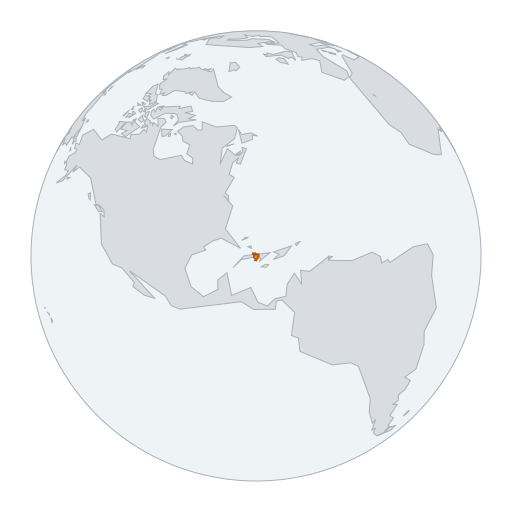 the Earth from above Camagüey, rotated 328°
{"feature_id": "CUB-1364", "entity_name": "Camagüey", "entity_type": "Province", "adm_level": 1, "iso_a3": "CUB", "parent_name": "Cuba", "parent_adm1": "", "projection": "orthographic", "projection_center": [-77.855, 21.478], "detail": "fine", "context": "on_globe", "style": "filled", "palette": "amber", "viewbox_px": 512, "rotation_deg": 328, "n_neighbors": 0, "source": "natural_earth", "source_scale": "10m", "svg_char_len": 11465}
<svg xmlns="http://www.w3.org/2000/svg" viewBox="0 0 512 512"><g transform="rotate(328 256 256)"><circle cx="256" cy="256" r="225" fill="#eef3f6" stroke="#a8b0b8"/><path d="M254.7,307.3L249.4,304.9L244.2,311.4L225.9,300.3L219.3,286.9L163.4,260.8L157.8,253.2L157.9,241.9L141.0,201.6L147.6,238.1L140.6,230.1L135.4,216.6L138.8,214.1L136.0,195.1L130.1,186.8L131.3,163.6L146.4,137.4L148.1,142.3L151.5,136.1L149.7,129.8L147.7,127.3L157.1,102.2L153.5,87.1L145.0,87.8L152.6,83.9L131.7,89.8L125.1,88.1L137.1,86.8L141.8,84.4L139.5,81.3L143.8,78.3L145.2,75.3L150.6,72.2L157.2,72.5L160.8,70.7L159.0,68.7L163.2,64.8L165.3,67.9L172.9,61.7L185.4,62.5L186.7,75.9L198.1,76.0L211.3,89.7L214.6,86.7L221.7,90.9L228.1,89.2L228.7,92.8L233.3,88.5L231.5,85.5L232.9,82.8L236.5,81.7L238.0,85.9L236.4,87.1L238.7,87.8L237.8,90.5L240.3,88.6L241.6,94.3L245.7,87.3L251.2,90.7L250.6,94.9L243.7,96.2L225.1,111.3L222.4,117.1L225.5,123.4L246.1,131.0L246.0,137.2L250.9,144.2L254.2,139.7L251.5,132.6L258.8,126.6L254.7,119.4L257.0,116.1L255.5,108.7L263.3,108.2L271.7,112.0L273.3,118.4L277.0,120.6L281.6,113.6L290.5,125.4L306.7,133.7L308.2,137.3L300.1,145.1L284.6,146.6L274.1,159.2L288.6,149.8L292.1,160.1L295.8,161.6L300.1,160.6L301.8,156.4L304.6,160.0L291.3,169.9L288.6,166.8L292.8,163.5L285.6,164.6L276.6,172.5L279.1,177.8L263.1,186.3L264.6,190.3L262.0,194.9L260.6,187.6L262.8,201.2L244.3,216.9L247.0,241.3L236.1,222.5L227.1,220.3L216.4,220.5L216.6,224.4L202.1,221.0L189.2,228.6L184.7,247.6L189.9,262.6L206.0,264.1L210.8,256.1L222.5,254.8L214.4,276.5L235.0,280.0L233.1,296.1L239.1,304.5L249.3,302.3L260.0,306.0L267.4,296.5L279.4,290.9L279.9,303.9L286.3,291.7L293.2,297.5L316.9,294.9L315.2,298.1L335.2,310.9L356.4,314.2L361.3,322.5L358.8,328.6L366.0,328.8L366.1,332.5L394.1,331.5L407.8,336.4L407.0,348.6L394.6,365.6L381.5,395.5L358.8,408.9L351.7,419.9L331.8,436.6L318.2,437.5L320.8,443.4L312.1,448.1L303.0,449.4L300.3,453.7L293.4,454.4L297.3,456.6L284.9,462.4L286.9,466.0L277.6,469.9L279.2,471.6L276.1,471.8L272.6,472.6L271.9,473.6L263.0,472.2L261.8,467.9L266.0,465.4L262.0,465.0L270.9,458.0L266.1,459.6L269.4,448.2L277.3,437.6L284.4,403.8L279.9,396.8L263.0,388.8L242.7,360.3L248.5,348.1L243.9,342.2L258.9,324.2L254.7,307.3ZM47.7,204.5L49.3,199.5L49.1,203.5L47.7,204.5ZM49.7,195.8L49.3,197.7L49.5,196.0L49.7,195.8ZM49.6,194.3L49.7,195.4L49.4,194.6L49.6,194.3ZM49.1,192.8L49.5,193.4L49.3,193.5L49.1,192.8ZM246.0,249.5L269.6,260.5L256.4,262.4L258.8,260.2L252.8,255.5L241.7,251.3L230.1,253.8L246.0,249.5ZM49.2,189.0L49.3,188.0L49.7,188.0L49.2,189.0ZM256.1,236.0L252.1,235.1L256.0,234.9L256.1,236.0ZM146.1,126.8L149.2,130.0L149.3,137.2L146.1,134.7L146.1,126.8ZM146.6,114.4L149.3,114.6L145.2,120.6L144.9,118.6L146.6,114.4ZM138.0,89.4L139.8,91.0L136.6,90.6L138.0,89.4ZM144.4,75.5L142.6,76.1L144.1,74.3L144.4,75.5ZM251.4,109.5L253.4,109.1L252.6,110.7L251.4,109.5ZM248.8,106.8L246.4,109.0L244.9,108.1L246.4,106.7L248.8,106.8ZM153.7,68.2L156.7,65.5L154.8,68.2L153.7,68.2ZM252.1,104.5L242.4,106.2L239.7,104.6L243.1,98.4L252.1,104.5ZM159.2,63.9L166.4,58.0L162.9,58.7L176.9,54.1L166.2,60.3L164.3,63.3L162.7,62.5L159.2,63.9ZM229.4,85.1L231.5,88.2L226.4,86.7L229.4,85.1ZM225.8,84.9L208.2,85.5L206.9,80.9L213.1,81.4L208.7,76.7L216.8,74.0L221.0,76.0L220.2,79.4L223.8,75.9L225.8,84.9ZM183.6,52.8L186.3,51.7L184.7,53.0L183.6,52.8ZM233.1,81.6L229.6,81.9L228.3,77.8L234.9,76.5L233.2,78.2L233.1,81.6ZM203.7,76.9L203.8,73.9L210.4,70.9L211.4,69.4L216.9,73.6L203.7,76.9ZM235.4,78.6L238.4,76.0L242.3,77.0L236.4,81.0L235.4,78.6ZM225.1,77.5L224.8,75.6L227.2,76.1L225.1,77.5ZM257.9,80.1L253.8,80.1L252.7,77.9L257.9,80.1ZM239.2,74.9L237.8,74.6L237.0,73.9L239.7,72.5L239.2,74.9ZM221.1,71.4L223.8,70.9L219.2,69.4L223.9,67.5L226.7,70.8L227.5,68.5L228.9,67.9L229.6,71.3L221.1,71.4ZM239.8,68.9L245.0,73.0L252.8,73.2L254.0,75.0L241.2,74.5L239.8,68.9ZM233.8,70.0L237.8,69.7L237.2,71.9L234.1,73.5L233.8,70.0ZM226.1,65.1L218.1,67.2L217.8,66.5L226.1,65.1ZM242.2,68.5L240.9,67.5L242.8,68.2L242.2,68.5ZM231.2,65.5L228.4,66.3L228.1,65.4L231.2,65.5ZM240.6,65.2L242.2,66.4L240.2,67.4L240.6,65.2ZM236.4,65.0L236.6,63.6L238.5,67.1L235.2,65.4L236.4,65.0ZM231.3,64.5L230.2,64.3L232.5,64.4L231.3,64.5ZM247.4,60.9L250.2,65.1L245.7,67.2L243.6,62.8L247.4,60.9ZM277.5,474.9L263.6,472.8L271.5,473.8L277.9,472.0L284.9,473.6L277.5,474.9ZM295.9,469.7L302.8,468.0L304.2,468.3L299.7,469.6L295.9,469.7ZM428.7,111.3L430.2,113.2L424.7,107.3L413.3,94.7L428.7,111.3ZM396.2,79.7L399.5,82.4L400.5,83.1L403.3,85.6L405.6,87.6L404.5,86.8L401.7,84.3L402.7,85.6L415.8,97.9L418.7,100.5L425.1,109.1L430.5,114.5L434.4,119.6L426.6,112.6L422.8,108.6L413.2,104.9L417.8,109.7L427.1,113.8L426.9,114.8L433.1,122.5L428.2,117.5L416.8,112.8L418.5,122.3L431.1,147.1L429.9,153.0L424.2,153.9L409.2,135.1L413.5,124.2L408.2,118.4L398.4,114.2L400.6,111.6L397.1,108.9L397.9,105.0L390.1,94.8L389.6,90.9L378.1,82.8L376.2,79.9L383.6,85.3L388.4,87.4L385.9,79.2L383.0,76.4L375.7,72.1L375.9,70.8L369.2,67.8L363.6,62.4L364.8,66.7L356.2,62.8L348.3,57.9L345.7,57.6L358.6,65.9L363.6,68.6L367.6,69.5L381.4,79.0L384.0,82.9L370.4,76.7L372.7,81.9L361.0,75.8L333.1,55.7L325.8,50.2L331.6,47.1L338.2,49.7L339.4,51.8L346.1,52.5L341.8,51.1L342.0,50.4L333.9,47.4L333.7,46.8L326.3,45.2L325.1,44.1L329.8,45.1L316.8,40.7L312.0,38.6L309.2,38.0L307.5,37.9L302.6,35.9L300.7,35.6L301.6,36.0L298.5,35.9L291.0,35.1L289.7,34.4L292.2,34.6L295.5,34.4L302.4,35.6L301.1,35.3L294.8,34.2L290.8,34.3L286.7,34.1L287.7,33.6L287.0,33.8L284.5,33.5L280.9,32.7L279.4,33.3L254.2,33.6L244.6,33.0L248.2,32.0L229.2,33.7L219.9,34.3L220.8,34.6L212.2,36.5L215.0,36.3L214.8,36.6L194.2,43.2L188.3,44.7L180.4,49.2L180.8,49.5L184.7,48.5L176.9,54.1L162.9,58.7L162.6,57.6L153.9,61.8L154.5,59.1L151.1,59.3L156.7,54.9L153.4,56.0L150.4,57.6L143.7,60.8L142.4,61.5L155.1,54.6L156.4,53.9L164.0,52.3L162.1,52.0L166.5,50.1L168.2,49.0L166.5,49.4L163.8,50.5L169.6,47.9L184.6,42.3L199.9,37.8L215.6,34.4L231.4,32.1L247.3,30.9L263.3,30.8L279.3,31.9L295.1,34.1L310.8,37.5L326.1,41.9L341.2,47.4L355.7,54.0L369.8,61.6L383.3,70.2L396.2,79.7ZM480.6,273.2L480.9,264.9L480.8,248.1L480.0,243.8L479.3,249.4L477.8,244.3L476.9,246.6L466.9,268.4L460.6,264.1L445.1,242.3L444.5,228.0L438.6,215.1L429.8,154.3L434.4,151.9L434.9,131.8L436.1,131.3L443.1,141.6L449.1,141.7L442.7,131.0L442.0,128.9L451.0,143.2L458.9,158.2L465.7,173.7L471.3,189.6L475.7,206.0L478.8,222.6L480.7,239.4L481.3,256.3L480.6,273.2ZM440.5,180.6L442.5,184.6L440.5,180.6ZM317.7,294.7L320.5,296.9L316.8,297.4L317.7,294.7ZM254.6,267.9L259.6,268.1L262.2,270.1L258.4,270.8L254.6,267.9ZM295.9,266.2L301.5,267.0L295.7,268.5L295.9,266.2ZM273.2,261.9L291.4,266.2L280.1,270.7L268.7,268.2L276.5,266.7L273.2,261.9ZM254.0,243.8L257.1,244.7L256.3,247.2L254.0,243.8ZM259.0,235.9L257.8,236.2L256.2,234.2L259.0,235.9ZM292.8,159.5L294.0,158.8L298.4,158.8L296.5,160.7L292.8,159.5ZM316.9,148.8L320.8,154.9L316.7,151.6L314.8,155.1L303.8,152.9L308.3,139.1L308.2,145.5L316.9,148.8ZM290.3,147.1L296.8,149.4L289.5,147.4L290.3,147.1ZM377.2,99.9L380.4,99.8L384.4,103.7L385.0,110.4L379.3,104.7L377.2,99.9ZM383.9,99.1L370.2,92.1L369.2,88.2L372.1,91.5L372.8,89.6L377.6,94.4L390.1,98.2L394.4,102.0L393.3,111.3L391.3,105.9L388.4,106.0L383.9,99.1ZM336.8,86.8L330.8,85.3L336.4,78.6L341.3,80.9L342.4,87.2L337.1,88.4L336.8,86.8ZM260.0,94.0L257.3,95.0L256.9,93.6L258.8,91.7L260.0,94.0ZM256.0,80.3L271.1,88.8L268.9,90.2L280.4,94.4L278.9,99.8L271.5,96.8L279.0,104.5L271.7,104.0L277.5,109.0L261.1,101.7L254.8,102.1L262.4,99.5L263.9,94.3L262.7,92.2L254.5,86.8L241.8,85.7L241.3,80.9L244.3,77.9L247.3,77.5L246.7,80.5L251.1,77.7L252.5,81.9L256.0,80.3ZM279.9,53.7L278.0,56.1L287.1,53.9L288.5,56.9L289.5,56.5L293.3,58.9L299.7,61.2L299.3,62.7L301.9,63.0L304.5,64.8L308.0,65.9L308.5,69.0L312.8,70.7L310.7,71.3L317.9,73.4L312.8,73.3L315.6,76.1L319.1,74.7L313.7,92.3L315.4,100.7L319.6,108.2L310.2,107.8L300.2,101.1L291.4,92.0L291.1,84.3L286.9,85.9L285.5,82.8L289.4,82.9L282.6,81.1L282.5,78.7L274.6,72.5L264.8,72.1L261.7,70.2L265.5,69.1L259.7,67.9L264.7,64.8L262.6,63.4L265.4,59.3L274.0,58.6L270.9,57.2L272.9,54.4L279.9,53.7ZM248.5,59.8L258.3,57.5L264.0,58.3L256.7,65.3L257.9,66.9L253.5,72.1L245.4,71.1L247.4,69.6L247.5,68.0L250.0,69.0L248.0,67.0L250.8,65.1L250.0,63.2L253.4,62.9L248.5,59.8ZM433.2,126.1L433.4,125.0L432.7,122.5L436.6,127.5L433.2,126.1ZM425.7,122.9L425.3,121.1L430.5,126.3L430.3,127.7L425.7,122.9ZM420.5,115.9L424.8,120.6L422.4,118.9L420.5,115.9ZM382.7,83.7L381.6,81.8L383.2,82.6L385.9,84.7L382.7,83.7ZM307.2,50.3L305.2,50.9L303.8,50.4L296.4,50.2L294.8,48.3L298.6,47.7L307.2,50.3ZM435.2,120.2L435.0,119.4L436.3,121.6L435.2,120.2ZM304.2,48.2L301.3,48.2L302.3,47.3L304.2,48.2ZM293.2,47.0L293.5,45.8L293.7,48.1L293.2,47.0ZM285.9,36.1L298.1,38.0L305.7,39.1L308.2,38.7L309.8,40.5L298.1,38.8L285.9,36.1ZM258.2,33.8L256.0,34.7L253.5,34.3L253.7,34.0L258.2,33.8ZM259.4,34.4L263.2,35.7L259.7,36.3L257.4,35.1L259.4,34.4ZM284.1,40.7L287.8,41.2L287.0,41.9L284.1,40.7ZM185.0,51.5L186.2,51.7L183.7,52.3L185.0,51.5ZM216.6,36.5L215.8,37.0L212.9,37.4L216.6,36.5ZM212.2,39.1L216.0,38.2L212.5,39.4L212.2,39.1ZM224.3,36.3L217.7,37.9L223.3,36.0L224.3,36.3Z" fill="#d9dde1" stroke="#a8b0b8" stroke-width="1"/><path d="M255.2,253.6L255.3,253.6L255.4,253.8L255.5,254.0L255.8,254.3L255.9,254.5L255.9,254.4L256.0,254.1L256.0,254.3L256.3,254.5L256.5,254.8L256.6,254.7L256.7,254.8L256.9,254.8L257.0,254.8L257.3,254.8L257.5,254.8L257.5,255.0L257.6,255.3L257.8,255.4L257.8,255.2L257.7,255.2L257.6,254.9L257.5,254.7L257.4,254.7L257.2,254.7L257.0,254.4L256.9,254.4L257.0,254.3L257.0,254.2L257.2,254.3L257.3,254.5L257.7,254.8L257.9,254.9L258.1,255.1L258.4,255.2L258.5,255.3L258.7,255.5L258.4,255.6L258.2,255.5L257.9,255.4L257.8,255.5L258.0,255.6L258.2,255.8L258.2,256.0L258.3,256.0L258.5,256.0L258.6,255.9L258.6,255.7L258.8,255.5L259.3,256.0L259.2,256.1L259.0,256.3L258.9,256.3L258.8,256.2L258.7,256.4L258.7,256.5L258.8,256.6L258.7,256.9L258.7,257.2L258.5,257.4L258.4,257.5L258.2,257.6L258.1,257.9L257.9,257.8L257.8,258.0L257.8,257.9L257.6,257.8L257.6,257.7L257.4,257.6L257.4,257.8L257.2,257.9L257.1,258.0L256.9,258.1L256.7,258.0L256.7,258.3L256.4,258.4L256.1,258.6L256.1,259.0L255.9,258.9L255.8,259.0L255.7,259.0L255.4,259.1L255.2,259.0L255.1,258.9L254.9,258.8L254.9,258.7L254.7,258.5L254.6,258.4L254.2,258.1L253.9,257.9L253.7,257.7L253.6,257.3L253.6,257.2L253.5,256.8L253.5,256.7L253.4,256.4L253.3,256.2L253.2,255.9L253.3,255.7L253.5,255.5L253.7,255.4L253.8,255.5L253.9,255.2L254.1,255.2L254.3,255.0L254.3,254.9L254.3,254.7L254.5,254.7L254.5,254.9L254.8,254.9L254.8,254.7L254.6,254.3L254.6,254.2L254.8,254.1L255.1,253.9L255.2,253.7L255.2,253.6ZM256.8,253.7L256.8,253.8L256.8,254.1L256.7,254.2L256.6,254.3L256.4,254.1L256.2,254.1L256.2,253.9L255.9,253.9L255.7,253.7L255.8,253.6L256.1,253.6L256.3,253.6L256.6,253.7L256.8,253.7ZM254.8,252.7L254.7,252.5L254.6,252.4L254.4,252.4L254.5,252.3L254.7,252.2L254.8,252.2L254.8,252.3L254.9,252.2L254.9,252.3L255.0,252.3L255.2,252.6L255.3,252.8L255.1,252.8L255.0,252.7L254.9,252.7L254.8,252.7ZM255.5,253.4L255.3,253.2L255.5,253.0L255.5,252.8L255.4,252.8L255.4,252.7L255.5,252.7L255.6,252.8L255.5,253.0L255.8,253.1L256.0,253.1L255.9,253.2L256.0,253.3L256.0,253.5L255.9,253.5L255.8,253.4L255.7,253.4L255.7,253.5L255.5,253.4ZM254.2,259.6L254.3,259.7L254.3,259.8L254.2,259.8L254.1,259.7L253.9,259.5L253.8,259.4L253.9,259.5L254.1,259.6L254.2,259.6ZM256.0,252.9L255.9,252.7L256.0,252.7L256.1,252.8L256.2,253.0L256.3,253.2L256.2,253.1L256.0,252.9ZM253.9,259.0L253.6,259.0L253.7,258.9L253.7,259.0L253.8,258.9L253.9,259.0ZM253.3,259.2L253.3,259.3L253.2,259.2L253.3,259.2L253.3,259.2Z" fill="#f59e0b" stroke="#b45309" stroke-width="1.5"/></g></svg>